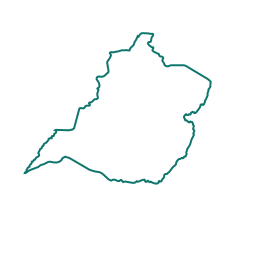 the Prefecture of Ouham, rotated 212°
{"feature_id": "CAF-810", "entity_name": "Ouham", "entity_type": "Prefecture", "adm_level": 1, "iso_a3": "CAF", "parent_name": "Central African Republic", "parent_adm1": "", "projection": "robinson", "projection_center": [17.885, 7.097], "detail": "fine", "context": "isolated", "style": "outline", "palette": "teal", "viewbox_px": 256, "rotation_deg": 212, "n_neighbors": 0, "source": "natural_earth", "source_scale": "10m", "svg_char_len": 5735}
<svg xmlns="http://www.w3.org/2000/svg" viewBox="0 0 256 256"><g transform="rotate(212 128 128)"><path d="M138.3,72.2L161.7,71.5L166.0,70.4L167.5,67.9L167.5,65.0L168.6,62.6L170.4,60.8L172.7,59.5L175.8,58.3L176.7,57.8L177.9,56.6L180.1,52.8L181.9,50.9L182.6,49.8L183.1,48.3L183.6,47.2L188.9,40.3L191.1,35.5L191.7,35.1L191.8,35.4L191.3,37.1L191.3,38.1L191.8,38.8L191.9,41.3L191.5,42.3L191.0,43.0L191.5,43.9L191.6,44.4L191.6,44.8L191.1,45.9L191.1,46.3L191.1,46.8L191.7,48.5L191.6,48.8L191.1,49.1L190.8,49.3L190.8,49.7L190.9,50.9L190.8,51.3L190.6,51.6L190.1,51.9L190.1,52.2L190.2,53.6L190.1,54.2L190.0,54.6L189.4,55.5L189.0,56.5L188.8,57.1L188.8,57.6L189.1,58.1L189.8,58.7L190.7,59.1L190.9,59.5L191.1,62.5L191.3,63.4L191.3,63.8L191.1,64.0L190.6,64.7L190.6,65.0L190.6,65.3L191.0,66.6L190.9,67.0L190.8,67.4L190.3,68.0L190.6,68.8L190.8,69.3L190.8,69.7L190.2,71.3L190.0,71.7L189.7,72.0L189.4,72.6L189.4,73.2L189.3,74.4L189.1,75.4L189.1,75.8L189.4,76.4L189.5,76.8L189.4,77.1L189.1,77.6L188.7,78.0L187.6,78.5L187.3,78.9L187.3,79.1L187.4,79.3L188.0,79.9L188.2,80.3L188.1,80.6L188.1,80.9L187.9,81.0L187.3,81.4L187.0,81.6L186.8,82.1L186.8,82.4L187.2,83.2L187.4,83.6L187.4,84.0L187.3,84.3L186.7,85.2L186.7,85.6L186.9,87.0L187.0,87.2L187.4,87.6L187.9,87.6L188.5,87.5L188.0,88.3L176.8,94.8L174.3,97.3L173.6,99.3L179.3,117.9L179.4,119.1L179.2,119.5L178.8,119.8L176.6,120.8L176.2,121.1L175.8,121.5L175.7,122.0L175.7,123.5L175.6,123.9L175.5,124.3L174.9,125.0L173.0,126.2L172.5,126.8L172.5,127.2L172.6,127.5L174.0,128.2L174.3,128.7L174.2,129.1L174.0,129.4L173.3,129.8L172.9,130.3L172.4,131.3L171.8,134.0L171.7,134.4L171.4,134.8L170.5,135.4L170.0,135.8L169.5,136.7L169.5,137.4L169.8,138.1L171.1,139.3L171.8,140.1L172.3,141.0L173.2,144.4L173.4,144.8L173.6,145.0L174.4,145.0L174.7,145.1L174.9,145.3L174.5,146.3L174.2,147.2L174.3,148.1L174.7,149.0L175.6,149.9L176.6,150.8L177.7,151.5L180.2,152.6L180.6,152.9L180.9,153.4L181.1,154.3L181.1,155.0L180.8,155.4L180.4,155.9L177.7,157.4L176.7,158.1L176.0,159.2L175.5,160.0L174.7,163.3L174.3,164.2L174.2,164.6L174.4,165.3L175.1,166.5L179.9,171.9L180.5,172.8L180.7,173.7L180.5,177.1L180.6,178.7L180.8,179.9L181.0,180.6L181.5,181.1L182.7,181.6L183.1,181.9L183.2,182.3L183.0,182.8L182.3,183.5L180.7,184.3L180.3,184.6L179.3,185.7L177.4,187.3L174.5,190.5L173.6,191.2L171.9,192.2L170.9,193.0L168.0,194.4L167.9,194.7L167.9,195.2L168.1,196.2L168.2,197.2L168.1,198.2L167.5,199.9L167.3,201.1L167.3,202.2L167.8,203.7L167.9,204.8L167.9,207.6L168.4,210.7L167.8,210.5L167.5,210.7L167.4,211.1L167.5,212.5L167.4,213.4L167.2,214.2L167.0,214.9L166.7,215.5L166.1,216.0L161.5,218.7L159.0,219.7L157.1,220.8L156.6,220.9L156.3,220.8L155.9,220.2L155.8,219.6L155.9,217.5L155.7,216.7L155.5,216.0L154.8,214.6L154.6,213.9L154.5,213.4L154.6,213.0L154.8,212.7L155.7,212.1L156.0,211.6L156.1,211.2L156.1,210.9L156.0,210.6L155.8,210.3L155.4,210.0L154.8,209.7L153.8,209.4L152.6,209.2L150.9,209.2L150.1,209.4L149.5,209.7L149.2,209.6L149.0,209.3L148.8,209.0L148.7,207.4L148.5,207.1L148.2,206.7L147.6,206.5L146.5,206.4L142.3,206.8L141.6,207.1L141.4,207.1L141.0,207.0L140.1,206.2L139.6,205.9L139.1,205.8L138.4,205.9L137.2,206.4L136.6,206.5L136.0,206.5L135.4,206.1L135.1,205.8L134.9,205.4L135.0,204.4L134.8,203.7L134.5,203.3L131.7,201.9L130.6,201.0L129.9,200.8L129.0,200.6L127.4,201.1L126.6,201.7L126.0,202.4L125.2,203.6L124.7,204.0L114.4,210.5L112.3,211.3L86.5,211.8L83.5,211.4L82.3,211.0L81.3,208.7L80.2,206.9L80.0,205.9L80.1,203.0L79.6,202.5L79.3,201.4L79.1,200.2L78.7,199.2L78.3,198.5L77.9,198.1L77.7,197.6L77.6,197.0L77.1,193.5L77.2,192.0L76.6,190.8L76.3,188.9L76.2,188.4L76.3,188.0L76.5,187.4L76.8,187.2L77.6,187.4L77.8,187.3L78.6,186.5L78.7,186.3L78.7,186.0L78.3,185.3L78.1,184.5L78.0,182.5L78.1,180.3L78.3,179.5L78.3,178.4L78.6,177.0L78.8,176.5L79.2,176.0L79.4,175.9L79.6,175.8L79.9,175.9L80.5,176.3L81.0,175.9L81.8,175.9L82.0,175.7L82.2,175.0L82.6,174.4L82.6,174.1L82.3,173.1L82.3,172.5L82.5,172.2L83.4,172.0L83.6,171.9L83.9,171.1L84.3,170.6L84.8,170.3L85.2,170.2L85.6,170.5L85.9,170.5L86.1,170.4L86.2,170.2L86.4,169.5L86.6,167.6L86.5,167.2L86.2,166.8L86.0,166.5L85.1,166.2L84.8,166.0L84.5,165.6L83.9,165.1L83.4,164.9L82.5,165.5L82.2,165.5L81.9,165.5L81.1,165.1L80.0,165.3L79.5,165.1L79.2,165.1L78.8,165.4L78.7,166.3L78.6,166.5L78.4,166.6L77.6,166.6L76.9,167.0L76.4,166.8L75.8,166.6L75.4,166.2L74.8,165.3L74.5,165.2L73.9,165.1L73.7,165.0L73.3,164.6L73.1,164.2L72.6,162.6L72.4,162.0L72.1,161.5L71.8,161.4L70.6,161.1L70.2,160.6L69.7,158.3L69.5,157.7L69.2,157.5L68.9,157.5L68.6,157.2L68.4,156.5L68.2,154.7L68.1,152.5L67.6,150.3L66.9,148.1L66.7,147.3L66.5,145.7L66.6,141.4L66.5,141.1L66.1,140.3L66.0,139.9L65.8,138.5L65.6,138.1L65.4,137.8L64.7,137.3L64.5,136.9L64.1,134.7L64.2,134.4L64.4,134.1L64.5,133.9L64.9,133.8L65.1,133.6L65.2,133.3L65.1,132.3L65.1,131.9L65.3,131.6L65.6,131.3L66.5,131.2L67.3,129.6L67.5,129.3L68.3,128.6L68.5,128.3L68.8,127.0L68.9,125.8L68.8,124.5L68.6,123.8L68.1,122.6L68.2,122.1L68.3,121.3L69.2,118.6L69.3,118.0L69.6,113.6L69.7,112.9L69.8,112.3L70.3,111.3L70.3,110.6L70.7,109.6L71.9,108.8L72.0,108.6L72.3,108.0L72.2,107.1L72.0,106.5L71.4,105.6L71.3,105.2L71.3,104.6L71.8,102.2L71.5,100.8L71.4,100.6L72.5,99.5L73.3,99.6L73.5,99.5L73.6,99.1L73.2,98.5L73.1,98.1L73.5,96.9L74.1,96.1L74.9,95.6L77.0,94.9L79.3,94.5L80.3,94.6L80.7,93.9L81.1,93.5L81.7,93.5L83.3,93.8L83.5,93.5L83.4,93.0L83.7,92.4L84.4,91.7L85.5,92.1L86.1,92.5L86.3,92.8L86.7,92.9L87.5,92.3L88.5,91.2L90.3,88.6L91.3,87.6L91.7,87.6L92.2,87.6L92.5,87.4L92.7,86.3L93.0,85.6L93.8,84.8L94.6,84.1L101.8,81.2L102.9,80.4L103.6,79.5L106.1,80.4L106.8,79.9L107.2,78.5L108.1,77.8L109.2,77.5L111.1,77.3L112.2,76.9L113.2,76.4L114.3,74.6L115.4,74.3L116.5,74.2L117.5,74.2L124.8,75.6L127.0,75.7L129.1,75.3L133.4,73.5L138.3,72.2Z" fill="none" stroke="#0f766e" stroke-width="2"/></g></svg>